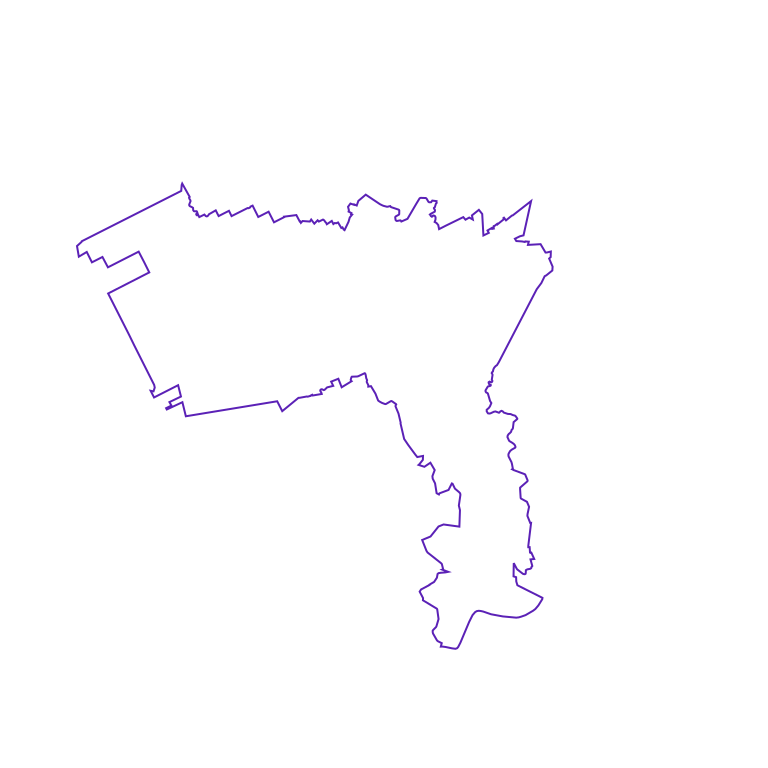 outline of Ebano, San Luis Potosí, Mexico, rotated 333°
{"feature_id": "50627088B88107705873369", "entity_name": "Ebano", "entity_type": "district", "adm_level": 2, "iso_a3": "MEX", "parent_name": "Mexico", "parent_adm1": "San Luis Potosí", "projection": "albers", "projection_center": [-98.486, 22.169], "detail": "fine", "context": "isolated", "style": "outline", "palette": "violet", "viewbox_px": 768, "rotation_deg": 333, "n_neighbors": 0, "source": "geoboundaries", "source_scale": "gbopen_adm2", "svg_char_len": 6166}
<svg xmlns="http://www.w3.org/2000/svg" viewBox="0 0 768 768"><g transform="rotate(333 384 384)"><path d="M315.4,643.8L316.9,644.5L319.5,646.3L324.6,650.4L327.5,652.4L329.2,652.6L330.7,652.0L334.6,649.2L351.9,634.6L358.0,630.1L361.7,628.6L363.6,628.5L365.5,629.1L367.3,630.3L369.1,631.8L374.9,637.8L384.3,645.0L395.7,652.2L398.1,653.1L400.7,653.6L405.2,654.2L413.9,653.7L416.7,653.2L421.0,651.4L427.3,647.6L428.1,646.5L411.5,623.9L412.2,620.0L414.0,616.1L412.1,614.2L418.3,602.5L418.4,609.1L418.6,609.8L421.6,616.2L422.3,616.9L423.1,617.4L423.9,617.4L424.4,616.9L425.9,614.3L427.5,614.2L430.2,615.0L431.2,615.0L431.8,614.7L432.2,614.1L433.5,613.5L434.9,606.8L438.4,608.1L438.7,601.3L438.3,601.2L438.4,600.8L437.6,600.4L439.7,595.5L438.5,594.9L439.1,593.7L452.0,574.5L451.2,574.2L451.9,566.6L452.9,565.0L457.5,559.3L457.9,553.9L454.2,548.5L454.0,547.9L454.1,547.4L457.6,539.3L458.3,538.1L467.6,535.8L468.2,535.1L468.7,528.8L468.5,528.3L460.2,519.3L460.3,518.9L459.5,518.1L460.4,517.8L461.7,513.4L462.1,511.5L462.1,505.2L462.4,504.2L462.9,503.2L463.6,502.5L465.9,501.0L468.0,500.5L471.9,500.3L472.4,500.0L472.7,499.4L472.8,497.8L472.5,496.5L471.7,494.8L469.9,491.9L469.7,491.2L469.9,487.3L470.9,486.0L472.6,485.1L473.5,485.0L475.5,484.3L476.8,482.9L478.4,482.3L479.0,481.6L482.2,476.8L486.8,475.7L487.1,475.2L486.7,472.5L486.3,471.6L484.6,470.1L483.2,468.3L480.8,466.9L477.8,463.9L477.4,462.4L476.6,461.3L475.3,461.2L474.0,461.7L473.4,461.8L470.9,459.1L469.3,458.6L465.6,458.5L464.3,458.1L463.3,457.3L463.1,455.0L463.8,453.6L466.6,452.9L468.3,452.0L471.0,449.7L470.8,447.3L472.2,439.8L472.1,439.1L471.2,437.9L471.1,437.0L471.3,436.2L471.8,435.6L475.2,433.5L475.9,433.4L477.4,433.9L478.4,433.8L478.7,433.3L478.7,433.1L478.0,432.4L477.6,431.6L477.8,430.3L478.1,429.9L479.2,429.8L480.2,431.1L480.8,431.2L481.3,431.1L481.7,430.8L482.0,430.4L482.0,429.1L484.9,425.1L485.0,424.3L484.9,423.2L485.4,422.7L486.7,422.3L488.1,420.6L489.6,419.5L491.6,418.7L493.2,418.5L496.3,416.6L563.1,368.9L570.0,365.5L576.1,360.9L577.8,360.9L585.5,359.3L587.5,356.0L588.1,347.2L590.1,346.6L592.8,341.7L588.9,340.8L587.6,340.2L587.0,330.5L575.4,325.4L577.6,322.9L574.6,321.1L574.0,321.4L571.8,319.7L566.8,316.7L566.6,314.0L572.2,314.1L575.8,314.9L598.1,287.8L575.3,292.2L574.4,292.0L567.0,293.6L566.4,290.3L565.8,290.4L566.0,291.5L557.5,293.3L557.5,292.7L553.9,293.4L553.5,293.2L552.8,294.4L552.3,294.3L552.3,295.3L550.8,294.9L551.0,293.9L545.9,294.2L546.0,296.9L540.0,296.8L548.7,277.1L547.6,271.9L538.9,273.7L537.8,277.8L535.5,274.4L531.2,274.6L530.4,271.3L511.1,271.0L503.4,271.0L504.5,267.0L503.9,264.4L502.7,262.6L504.4,261.0L504.8,260.4L505.6,258.9L505.7,257.7L505.0,256.6L504.4,256.2L504.0,256.2L503.3,256.7L502.6,256.7L502.0,255.6L502.1,254.5L501.8,253.9L502.6,253.6L507.4,253.5L507.9,253.0L508.4,252.1L508.2,250.2L508.4,249.8L509.6,249.5L512.1,246.9L513.2,246.5L513.5,245.3L513.8,244.9L510.3,242.5L508.5,243.4L507.1,242.8L506.6,242.4L506.3,241.8L506.1,238.3L505.7,237.3L501.2,234.8L500.5,234.7L499.9,234.8L494.4,238.2L479.9,247.5L473.2,247.1L473.1,246.0L472.8,245.6L469.5,244.6L469.1,244.2L468.8,243.3L469.0,242.4L469.7,240.5L470.1,240.2L470.6,240.0L474.0,239.9L474.7,239.5L476.4,236.3L476.4,235.7L476.1,235.2L470.6,229.6L470.3,228.3L467.8,227.7L467.1,227.4L464.4,225.0L463.4,223.8L462.0,221.9L453.7,207.0L444.3,209.2L440.7,212.6L439.0,210.5L438.7,210.8L436.0,208.0L432.4,209.8L431.6,213.3L430.7,214.3L432.6,216.9L431.7,217.8L432.5,218.6L429.1,220.1L426.0,223.4L418.7,229.0L418.2,228.1L418.1,225.6L416.8,225.6L416.4,219.2L414.4,219.1L413.2,218.2L411.5,218.5L411.5,215.0L405.6,215.7L405.6,214.0L405.3,213.1L405.0,211.0L404.3,209.8L399.7,209.7L399.2,208.0L394.7,209.5L393.8,204.4L391.7,205.6L385.4,201.8L383.1,202.7L383.1,200.9L382.7,200.9L382.6,193.7L371.1,189.6L371.1,190.0L359.4,190.0L359.4,178.1L347.8,178.1L347.9,165.4L345.6,165.3L344.9,165.9L343.2,165.9L342.3,165.3L324.4,165.2L324.5,159.3L312.9,159.3L312.9,152.9L305.1,153.3L303.8,154.1L302.6,154.3L302.0,154.1L301.4,153.4L300.9,151.5L295.2,151.4L295.2,148.8L294.0,148.8L293.7,148.2L293.7,147.7L293.8,147.4L294.1,147.2L295.4,147.0L295.6,145.3L295.1,144.7L294.0,144.4L293.1,143.7L292.9,142.5L293.8,140.4L293.4,139.6L291.7,137.3L291.6,136.6L291.7,136.0L292.3,135.3L294.6,133.3L294.9,132.4L294.7,130.5L294.9,129.5L295.8,129.1L295.2,113.8L294.1,114.8L291.0,119.9L179.5,119.6L179.0,120.1L173.1,121.7L169.9,132.0L179.1,131.4L179.0,143.0L190.8,143.0L191.0,154.7L225.5,154.7L225.6,166.4L225.5,178.0L179.3,178.1L179.2,224.6L179.0,236.2L178.8,280.5L178.1,283.1L175.3,285.9L173.0,284.1L173.0,291.6L200.0,291.6L197.4,303.0L184.6,302.7L184.8,306.7L178.9,306.6L178.9,308.1L196.1,308.7L192.8,322.8L281.0,350.9L281.0,362.0L301.5,357.5L302.6,358.0L309.6,360.1L310.0,360.5L311.3,360.9L311.9,360.9L313.2,361.3L313.4,361.0L315.2,361.0L315.3,361.9L324.0,364.6L324.2,363.5L324.1,361.3L324.4,360.6L325.5,360.2L326.3,360.5L327.6,362.1L328.4,362.2L331.8,361.2L337.9,362.6L338.0,357.9L345.7,358.6L344.8,367.7L356.4,366.8L356.1,366.0L356.2,365.2L358.0,363.2L358.7,362.9L363.4,365.1L364.6,365.4L371.6,365.6L372.0,366.1L371.8,367.6L370.8,370.8L370.7,372.9L369.9,373.7L369.5,374.6L369.5,377.8L368.8,379.2L371.4,380.0L372.0,388.7L371.3,395.8L371.4,396.4L372.3,398.0L373.6,399.9L375.7,402.2L376.3,402.6L376.8,402.7L382.1,402.4L382.8,402.5L383.4,403.2L385.6,407.4L385.6,407.8L384.6,408.4L384.1,409.2L383.5,416.9L381.3,426.0L380.8,426.7L377.0,442.1L377.9,449.3L379.9,461.4L380.5,464.2L386.1,465.8L384.2,469.2L379.2,471.5L378.1,471.8L382.4,476.1L389.6,475.2L390.1,483.7L385.3,488.1L384.4,490.5L384.4,495.7L381.3,505.2L382.8,507.4L383.8,506.6L393.4,507.7L399.3,503.4L399.8,504.0L399.7,509.4L401.9,514.7L402.2,516.0L401.8,517.4L395.5,526.3L394.4,530.9L386.4,545.3L373.3,536.2L367.9,535.7L356.2,541.0L347.2,540.3L346.1,551.9L346.3,553.9L353.6,569.8L353.8,570.7L352.6,575.9L351.6,575.8L355.9,580.5L353.1,579.7L348.7,577.9L346.7,577.3L345.5,577.6L343.2,580.6L338.8,583.1L333.5,583.4L333.4,583.7L323.7,583.9L321.5,585.2L321.6,592.5L320.5,594.4L328.9,607.9L329.1,608.3L329.1,609.0L325.9,618.2L320.6,623.8L320.0,624.2L316.1,625.5L315.3,626.0L314.6,627.6L314.4,628.6L314.8,636.5L315.2,637.6L317.8,641.1L315.4,643.8Z" fill="none" stroke="#5b21b6" stroke-width="2"/></g></svg>